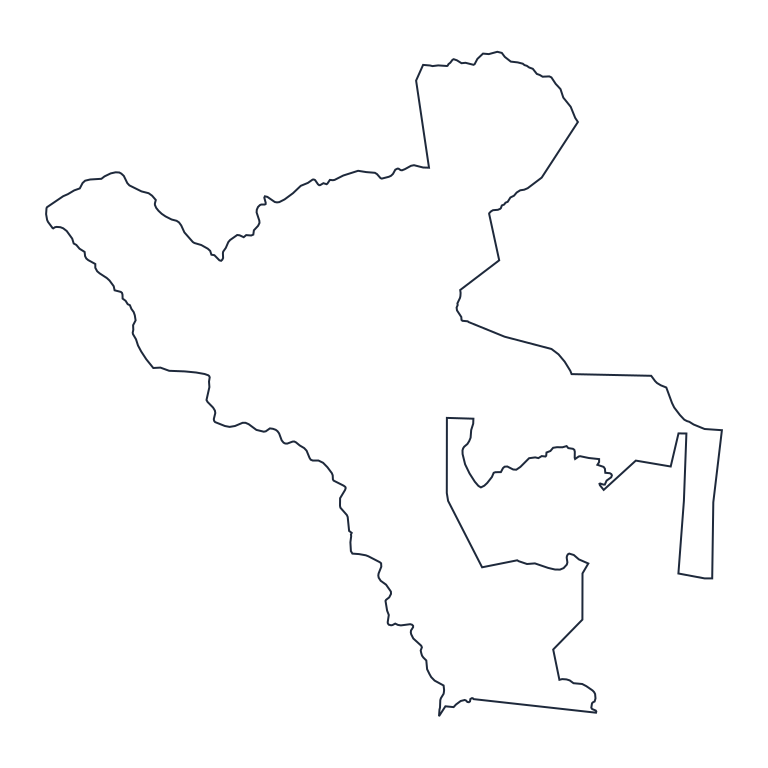 outline of Guarita, Lempira, Honduras
{"feature_id": "27666195B2541592461056", "entity_name": "Guarita", "entity_type": "district", "adm_level": 2, "iso_a3": "HND", "parent_name": "Honduras", "parent_adm1": "Lempira", "projection": "mercator", "projection_center": [-88.84, 14.202], "detail": "fine", "context": "isolated", "style": "outline", "palette": "slate", "viewbox_px": 768, "rotation_deg": 0, "n_neighbors": 0, "source": "geoboundaries", "source_scale": "gbopen_adm2", "svg_char_len": 6059}
<svg xmlns="http://www.w3.org/2000/svg" viewBox="0 0 768 768"><path d="M153.3,368.0L160.4,367.6L169.2,370.8L184.7,371.4L196.1,372.5L204.6,374.0L208.3,375.3L209.2,376.1L209.7,377.3L209.0,381.6L209.4,387.1L206.5,400.0L207.6,402.0L213.1,407.6L214.9,410.6L215.3,413.0L213.8,419.1L214.1,420.8L215.1,422.1L224.9,426.0L229.6,426.9L235.0,426.0L242.6,422.8L245.5,422.8L248.7,424.2L256.4,429.9L263.8,431.7L265.8,431.3L269.9,428.4L272.9,428.8L275.7,429.8L277.5,431.2L279.1,433.4L281.7,440.4L283.6,442.7L285.2,443.5L287.2,443.6L292.6,441.6L294.2,441.5L295.9,442.3L299.8,445.5L304.2,448.1L306.6,450.7L309.5,457.8L310.7,459.7L312.7,460.5L318.4,460.5L323.1,462.8L327.4,467.2L331.8,473.1L332.7,475.3L332.9,479.4L333.6,480.6L343.7,485.7L345.3,486.9L345.7,488.0L345.1,489.9L340.1,498.2L340.0,505.8L340.4,507.7L346.9,515.1L347.7,517.0L349.1,530.9L351.7,532.9L350.9,534.6L351.2,536.0L350.4,542.3L350.9,551.1L352.4,553.6L359.1,554.1L365.8,555.3L368.4,556.3L379.8,562.2L381.1,563.3L381.3,566.7L378.6,573.5L378.3,575.5L378.7,577.7L380.7,580.8L386.1,584.7L390.9,591.6L391.0,593.9L389.2,597.4L386.1,599.8L385.5,600.9L387.1,610.6L388.8,615.0L387.7,622.2L387.9,623.5L388.8,624.7L391.1,625.3L392.6,625.0L395.2,623.6L397.9,624.9L400.9,625.4L410.2,624.2L412.0,624.7L413.1,625.8L413.1,627.2L411.0,630.5L410.8,632.4L411.2,634.3L413.3,638.5L421.2,645.7L421.9,647.3L420.7,650.5L421.2,652.9L422.0,655.6L423.3,657.5L426.3,660.5L427.1,669.2L429.6,674.3L431.2,677.1L434.6,680.6L443.6,685.5L444.1,690.0L443.9,692.1L443.6,693.8L440.9,698.2L440.3,700.1L440.0,707.6L439.5,709.5L439.0,716.2L445.4,706.3L453.6,707.1L456.0,704.5L460.7,701.0L464.7,700.0L466.0,700.5L467.4,702.0L468.9,702.2L470.0,701.4L470.4,699.0L472.0,698.1L472.9,698.3L473.5,699.1L596.0,712.7L596.3,711.5L595.8,710.6L592.1,709.0L591.3,707.7L592.0,703.3L593.1,702.2L594.6,701.5L595.5,698.4L595.1,694.0L594.1,692.1L592.6,690.5L586.4,686.2L582.2,684.0L573.5,683.2L569.7,680.4L566.5,679.4L562.2,679.1L559.4,679.8L553.2,649.5L582.4,619.6L582.5,573.4L588.3,563.5L578.9,559.4L573.8,555.0L569.2,553.6L567.8,554.4L566.9,556.2L566.7,557.7L567.4,562.4L566.8,564.6L563.6,568.1L560.0,569.6L554.9,569.5L548.1,567.9L534.9,563.4L527.0,564.0L518.7,561.2L517.2,560.3L482.1,567.3L448.1,500.9L446.8,493.0L446.9,417.9L473.4,418.7L473.2,423.7L471.2,430.0L470.6,437.7L469.2,441.1L467.4,444.0L464.2,446.7L463.1,448.4L462.5,450.4L462.6,454.1L465.1,464.3L469.5,473.4L474.8,481.7L478.4,485.9L480.9,487.4L484.3,485.7L487.2,483.0L491.9,477.0L493.7,472.8L495.4,472.2L500.9,472.1L503.0,468.1L504.6,466.7L507.3,466.5L513.2,469.5L516.3,469.7L520.4,466.9L529.1,458.2L535.2,457.4L538.4,458.1L541.7,456.1L545.5,456.5L546.2,455.7L546.5,452.5L550.4,451.0L553.1,447.8L556.9,447.2L562.4,447.3L566.6,446.1L568.3,448.1L572.9,448.8L574.3,449.8L574.8,451.7L574.7,457.8L575.1,459.0L578.7,456.5L580.1,456.2L588.8,458.0L599.1,459.1L599.1,462.1L597.4,464.8L603.6,466.9L604.9,468.7L605.3,472.8L609.8,473.2L611.3,474.1L611.9,475.3L611.2,477.3L606.6,480.6L604.8,484.6L603.5,484.6L600.1,483.5L599.5,483.8L599.9,485.2L603.7,489.9L635.8,460.6L670.7,466.5L678.5,433.4L686.4,433.5L683.9,500.9L678.4,573.5L704.6,578.4L712.2,578.4L713.3,502.3L721.9,430.2L704.6,429.0L693.6,424.5L689.3,421.8L687.0,421.1L684.3,419.7L679.9,415.0L674.2,407.5L672.0,403.0L666.3,387.5L660.8,385.3L657.0,383.0L655.1,381.1L651.2,375.8L571.6,374.1L570.3,370.8L564.7,361.7L558.5,354.3L551.5,349.0L504.6,336.7L468.7,322.1L467.7,321.3L462.4,320.8L461.5,319.9L461.3,317.0L457.0,310.4L456.6,307.6L457.7,305.0L457.4,303.4L460.0,297.9L460.4,296.1L460.6,292.9L460.2,290.0L499.2,260.3L489.1,213.7L489.4,213.0L491.1,211.3L493.0,210.2L497.9,209.8L500.2,208.8L500.9,208.1L501.8,205.5L504.2,204.5L505.5,202.7L507.7,201.8L510.4,197.5L514.0,195.7L516.7,192.5L520.2,190.3L524.2,189.7L527.7,188.2L541.7,177.6L577.9,122.0L575.2,117.9L570.7,106.8L563.3,97.6L560.5,89.1L555.7,83.9L551.4,77.4L549.3,76.4L542.6,76.7L539.8,75.0L536.8,73.9L532.8,68.8L529.2,67.5L526.8,65.8L524.5,65.1L522.8,63.7L517.7,62.4L510.8,61.6L504.8,56.9L501.8,52.9L497.3,51.8L488.8,54.1L483.0,53.6L477.4,58.9L474.6,64.2L473.5,64.8L465.5,62.8L461.5,63.2L456.9,60.3L453.7,59.2L452.5,59.8L450.3,62.7L448.5,64.1L447.7,65.6L447.0,66.0L438.2,65.4L432.5,66.1L430.1,65.5L423.1,64.9L416.1,80.6L429.0,167.7L423.1,167.5L414.0,165.2L411.0,165.8L404.8,169.2L402.0,170.3L400.6,170.1L398.6,168.7L397.5,168.6L395.3,169.7L393.0,173.9L391.0,175.8L388.8,176.8L381.8,178.6L380.5,178.1L377.0,174.1L374.9,172.8L366.3,172.1L358.1,170.8L343.3,175.5L334.6,179.9L332.9,180.2L329.9,179.9L327.4,183.6L326.6,184.2L323.4,183.2L320.2,185.1L319.2,185.2L318.0,184.3L315.1,180.1L313.8,179.5L312.6,179.6L307.9,182.9L300.8,185.8L293.0,193.2L284.6,199.4L279.3,202.1L277.0,202.4L274.8,202.0L267.4,196.9L264.9,196.3L264.3,197.7L265.7,202.8L265.6,204.1L264.8,204.5L261.3,204.5L259.9,205.1L258.0,207.0L256.8,209.7L256.6,212.4L259.3,220.6L259.5,222.9L258.1,225.8L253.9,230.3L253.3,234.6L251.2,235.5L246.2,235.1L243.7,237.2L239.6,235.3L237.2,235.0L230.1,240.0L228.3,242.1L225.8,247.9L223.2,251.6L222.9,253.1L223.1,258.0L222.3,259.7L221.1,260.8L219.4,260.3L214.4,255.2L211.4,254.7L210.2,250.9L207.8,248.7L201.2,245.0L194.4,243.0L192.8,242.0L184.4,232.4L181.2,225.4L179.0,222.4L176.6,220.8L171.6,219.5L165.5,216.4L161.7,213.8L158.5,210.8L156.2,207.9L154.9,204.9L154.9,203.4L155.8,200.0L152.1,195.7L148.6,193.2L141.5,191.4L129.4,185.4L127.3,183.1L123.8,175.9L121.3,173.6L119.3,172.5L115.6,172.3L110.7,173.4L104.5,176.4L101.4,178.8L90.1,179.5L85.1,180.7L82.6,183.0L79.8,188.4L74.2,190.4L67.8,194.2L63.2,196.2L47.0,207.2L46.5,208.2L46.1,214.1L47.1,219.9L48.0,221.9L52.6,228.1L53.2,228.4L54.8,227.3L56.5,226.9L60.4,227.2L63.2,228.3L66.7,231.0L72.2,238.6L73.7,243.5L76.3,244.9L79.5,248.7L84.6,251.9L85.1,256.2L86.3,258.5L88.2,260.1L95.3,264.0L95.3,267.8L97.2,271.3L99.7,273.4L106.9,278.1L109.5,280.5L113.7,286.2L114.6,290.3L120.8,291.9L122.0,292.9L122.5,294.7L122.6,298.6L125.6,300.8L127.7,304.2L129.9,305.2L131.4,308.9L133.7,312.1L134.8,315.3L135.6,320.4L133.1,325.2L133.3,329.9L132.7,332.7L133.0,334.2L136.0,339.3L138.0,345.5L141.2,351.5L146.3,359.3L153.3,368.0Z" fill="none" stroke="#1e293b" stroke-width="2"/></svg>